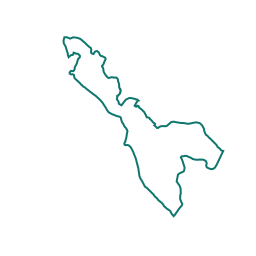 outline of Ovia North-East, Edo, Nigeria, rotated 115°
{"feature_id": "59680162B48615386953659", "entity_name": "Ovia North-East", "entity_type": "district", "adm_level": 2, "iso_a3": "NGA", "parent_name": "Nigeria", "parent_adm1": "Edo", "projection": "mercator", "projection_center": [5.497, 6.396], "detail": "fine", "context": "isolated", "style": "outline", "palette": "teal", "viewbox_px": 256, "rotation_deg": 115, "n_neighbors": 0, "source": "geoboundaries", "source_scale": "gbopen_adm2", "svg_char_len": 5417}
<svg xmlns="http://www.w3.org/2000/svg" viewBox="0 0 256 256"><g transform="rotate(115 128 128)"><path d="M105.3,197.6L105.5,197.2L105.7,196.5L106.0,195.7L106.3,194.9L106.6,193.6L107.5,191.1L107.8,190.0L108.4,189.2L108.7,187.6L109.3,186.4L109.4,184.5L109.8,183.1L110.3,181.4L110.6,179.8L111.0,178.2L111.9,174.3L112.2,172.7L112.6,170.5L113.6,167.3L114.1,165.8L114.7,164.4L115.5,162.5L116.2,161.1L117.1,159.8L117.8,158.7L119.4,156.2L120.3,155.1L121.7,152.7L122.0,152.0L122.0,151.4L122.0,150.5L122.2,149.2L122.2,147.6L122.0,146.9L122.0,145.8L122.0,144.5L121.8,142.5L121.5,141.3L121.3,140.4L121.5,139.3L121.8,138.7L123.0,137.9L124.1,136.9L125.2,136.0L125.7,135.1L126.2,134.1L126.8,133.4L127.7,132.4L128.0,132.1L128.5,130.9L128.9,129.8L129.8,128.5L131.0,127.2L132.0,126.9L133.3,126.7L134.5,126.3L135.9,125.9L137.3,125.5L138.4,125.2L139.6,125.1L140.7,125.0L141.6,124.6L142.3,124.8L143.1,124.9L144.0,124.5L144.5,124.2L144.7,123.6L144.4,122.6L143.9,121.7L143.5,121.1L143.5,120.6L143.5,119.7L143.9,118.4L144.2,117.7L144.6,116.8L145.3,116.0L145.8,115.3L146.5,114.4L147.0,113.8L147.9,112.7L149.2,111.5L151.3,109.1L152.4,108.1L152.9,107.6L157.9,103.5L159.0,102.6L160.0,101.6L162.0,100.5L163.8,99.2L165.2,98.3L165.5,98.1L166.6,97.4L168.2,95.8L169.0,94.7L170.3,92.7L171.9,90.5L173.3,88.8L174.2,87.2L174.3,85.5L175.4,82.7L176.1,80.6L176.5,79.6L177.5,76.7L178.8,74.8L179.1,73.0L179.5,72.1L179.7,71.5L180.6,70.0L181.1,68.0L181.4,66.5L182.0,64.9L182.7,63.4L183.6,62.5L184.1,60.3L184.6,59.1L185.3,54.7L186.5,53.2L187.3,52.2L188.6,49.3L186.3,48.7L184.1,48.4L182.4,48.0L181.0,47.9L178.0,47.2L175.3,46.5L174.4,46.5L173.5,47.0L173.2,47.6L172.5,48.5L171.6,49.4L170.5,50.5L169.7,51.1L168.2,51.6L166.6,52.3L165.5,52.4L163.8,53.1L160.6,54.8L160.0,55.3L159.2,56.2L158.3,57.1L157.7,58.2L155.9,61.3L149.9,62.8L149.7,62.8L149.1,63.0L148.6,62.7L147.6,62.3L146.5,61.5L146.3,61.3L145.6,60.6L143.8,59.2L143.1,59.2L141.6,59.4L139.8,60.1L138.4,61.4L137.4,62.3L137.0,62.7L135.2,64.3L133.9,65.6L133.2,66.5L132.5,67.6L131.4,67.6L130.8,67.1L130.3,66.0L129.0,64.4L128.7,63.3L128.5,62.5L128.6,60.4L128.4,58.2L128.8,56.2L128.5,55.2L128.4,54.2L128.0,53.1L127.3,51.3L126.4,49.9L126.2,49.3L125.7,48.2L125.4,47.9L125.1,46.8L124.9,46.2L124.9,45.5L124.9,43.9L125.5,43.0L125.5,42.9L126.0,42.3L126.9,41.7L128.0,41.5L128.9,41.3L129.4,41.0L130.3,39.9L130.5,38.1L130.1,35.2L129.7,34.5L129.2,33.8L128.5,33.2L127.2,32.5L125.7,32.3L123.7,32.1L108.6,32.0L108.9,33.9L108.4,35.2L107.9,36.0L107.5,37.7L107.5,38.4L106.1,40.4L105.4,42.0L104.7,44.1L104.0,45.7L103.9,46.6L103.3,47.5L102.8,49.3L102.4,50.8L101.9,51.7L101.4,53.0L101.4,54.1L100.0,56.1L99.3,56.8L98.1,57.9L96.8,58.6L95.9,59.7L95.4,60.5L94.3,61.9L93.5,64.3L93.3,65.2L93.8,67.7L94.0,68.1L94.4,69.2L95.3,70.4L96.3,71.9L97.4,73.1L97.9,74.0L98.8,75.3L99.3,77.1L99.7,78.6L100.4,80.7L101.0,82.0L101.5,83.4L101.6,83.7L101.8,84.9L102.4,86.7L102.9,89.2L103.5,90.1L104.3,91.2L105.2,91.8L106.1,92.1L106.4,92.2L107.0,92.5L108.6,93.2L109.3,93.5L110.0,93.9L110.9,95.5L111.1,96.2L112.0,98.2L112.7,99.1L113.7,100.0L115.2,100.7L115.5,101.5L115.7,101.8L115.3,102.4L114.5,105.3L113.8,105.1L113.1,105.2L112.7,105.3L112.5,106.2L112.4,106.9L112.2,108.0L111.7,108.9L111.1,110.0L110.8,111.1L110.6,112.0L109.9,112.7L109.9,113.5L109.9,114.2L110.4,115.5L109.9,116.2L109.4,116.7L108.7,117.3L108.0,118.4L107.1,119.5L106.6,120.2L106.4,121.3L105.9,122.1L105.7,122.6L105.2,124.6L105.0,125.4L104.8,126.6L104.3,127.4L103.8,127.5L103.7,128.3L103.9,129.0L104.8,129.3L105.2,129.5L105.2,130.9L105.1,131.3L103.5,131.2L103.0,131.2L102.2,131.2L99.5,130.8L99.0,130.7L98.7,130.3L98.4,131.5L98.3,131.9L98.8,133.2L98.7,133.9L99.0,135.3L99.3,136.8L99.5,137.7L99.7,138.4L100.2,139.3L100.6,139.8L101.5,140.6L102.3,141.2L102.7,141.5L103.3,142.0L103.6,142.1L104.3,142.2L105.6,142.5L106.5,142.8L107.1,142.8L107.3,142.9L108.5,143.1L110.2,143.5L110.2,144.0L110.1,144.4L110.0,145.1L110.0,145.8L109.9,146.4L109.3,146.9L108.4,147.5L107.6,148.5L106.7,150.2L105.6,150.6L105.1,150.7L104.0,150.9L103.7,151.4L103.0,151.2L102.8,150.7L102.4,150.5L101.7,150.4L101.1,150.1L100.0,149.8L99.5,150.2L99.0,149.9L98.1,150.3L97.6,150.5L97.2,150.3L96.8,150.6L96.5,151.4L96.1,151.4L95.7,151.6L95.6,152.4L94.9,153.2L94.1,153.4L93.5,154.0L92.5,154.3L92.0,154.6L91.2,155.3L90.4,156.3L88.6,157.5L87.7,158.4L87.5,158.9L87.2,159.8L87.7,160.7L88.1,161.8L88.5,162.7L88.7,164.0L89.5,165.1L89.8,165.4L90.4,166.0L90.8,166.5L90.8,167.0L90.8,167.6L90.6,168.2L90.5,168.7L90.2,169.0L90.1,169.5L89.8,169.7L89.3,171.0L88.5,172.2L87.4,173.7L86.0,174.8L85.2,175.1L83.7,176.4L83.4,177.4L82.8,177.8L81.9,177.5L81.4,177.4L80.2,177.2L78.7,177.4L76.5,177.4L74.9,177.4L73.9,178.5L73.9,179.8L73.8,181.1L73.8,181.7L74.1,182.3L74.1,183.3L73.6,184.5L73.0,185.1L71.8,186.4L71.4,188.7L72.3,189.9L73.8,190.4L75.5,190.5L75.7,191.6L75.6,192.9L74.7,193.7L73.0,194.2L72.0,194.8L71.6,195.1L71.2,195.5L70.8,197.6L70.2,199.7L69.6,201.3L68.8,203.6L68.1,206.2L67.4,208.8L67.7,212.1L68.5,214.6L69.0,216.0L70.5,217.4L71.4,218.1L71.7,222.1L72.1,222.8L72.7,224.0L75.9,223.4L78.4,222.0L80.5,219.0L82.5,217.2L84.2,215.7L85.5,214.4L87.2,213.4L88.9,211.7L86.2,210.6L85.2,209.1L84.5,208.8L82.7,209.1L82.5,207.7L82.7,206.8L81.9,204.7L82.8,202.2L84.1,201.6L85.3,201.8L86.1,202.3L88.9,202.1L90.7,201.7L93.0,201.7L95.1,202.0L95.8,201.8L97.3,201.2L99.5,201.5L100.4,203.5L100.4,203.9L102.4,204.4L103.4,203.8L103.5,203.0L103.4,202.0L102.7,200.9L102.7,199.5L103.9,198.7L104.6,198.1L105.3,197.6Z" fill="none" stroke="#0f766e" stroke-width="2"/></g></svg>